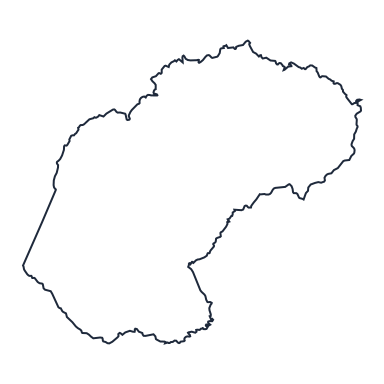 outline of Free State
{"feature_id": "ZAF-1206", "entity_name": "Free State", "entity_type": "Province", "adm_level": 1, "iso_a3": "ZAF", "parent_name": "South Africa", "parent_adm1": "", "projection": "natural_earth1", "projection_center": [27.438, -28.674], "detail": "fine", "context": "isolated", "style": "outline", "palette": "slate", "viewbox_px": 384, "rotation_deg": 0, "n_neighbors": 0, "source": "natural_earth", "source_scale": "10m", "svg_char_len": 5891}
<svg xmlns="http://www.w3.org/2000/svg" viewBox="0 0 384 384"><path d="M303.6,199.5L302.6,198.9L299.7,198.1L299.1,197.7L297.4,194.0L296.4,193.2L293.7,193.1L293.0,192.1L292.6,189.0L291.6,186.2L289.6,184.2L288.7,184.4L285.2,186.9L275.3,187.9L274.0,188.4L272.8,189.7L271.1,192.8L269.9,194.0L268.6,194.5L265.8,194.5L264.5,194.0L260.4,194.4L259.8,194.2L256.4,199.3L253.7,202.5L251.3,205.8L251.0,207.5L248.7,207.6L248.0,207.2L246.7,205.7L245.6,205.6L244.6,206.1L243.2,209.5L241.5,210.2L234.4,209.7L234.9,211.0L232.7,212.5L232.7,214.2L232.2,215.9L231.4,215.9L229.5,218.6L227.7,219.3L229.3,221.6L228.0,222.1L227.6,221.6L227.2,222.1L227.5,223.9L226.1,226.7L222.5,231.4L220.8,232.3L220.4,233.0L220.8,236.3L220.2,236.9L217.2,237.9L216.1,238.6L215.7,241.7L215.1,242.5L213.4,243.6L213.2,244.1L214.0,245.6L213.9,246.5L210.7,250.3L210.0,251.5L209.7,252.9L209.4,253.2L208.0,253.1L207.6,253.4L206.8,255.7L204.3,257.4L199.5,259.3L197.7,259.5L196.0,260.3L193.3,263.0L192.8,262.7L192.5,261.9L191.9,261.9L190.6,264.0L190.1,263.1L189.4,263.1L188.9,263.8L188.9,265.0L188.2,266.9L191.2,269.2L193.0,272.1L200.4,290.4L201.6,291.9L204.5,294.6L205.4,296.1L206.2,299.7L207.4,302.0L208.0,302.2L210.1,302.0L211.7,302.8L211.6,303.6L210.7,304.6L209.3,308.1L209.5,310.3L210.8,314.4L210.7,315.5L211.5,315.6L209.7,316.2L211.0,319.3L212.2,318.8L213.1,319.8L212.2,321.2L209.5,321.1L208.2,321.6L208.1,322.9L210.2,324.7L208.8,325.5L206.3,324.5L205.8,325.2L206.0,325.9L207.7,326.9L206.5,328.9L205.2,329.2L203.7,329.1L203.2,328.3L202.6,328.1L202.1,328.7L201.0,328.7L199.7,329.9L197.2,329.7L196.2,329.9L196.5,331.7L195.3,332.7L191.7,331.7L188.7,332.3L188.0,332.7L188.5,333.6L189.8,334.8L190.2,336.3L189.6,336.6L187.2,336.4L186.0,336.8L184.8,337.8L184.3,339.1L184.7,340.6L184.0,341.2L180.5,341.7L179.7,342.9L179.0,343.1L177.9,342.6L176.2,340.7L174.5,340.6L172.8,341.9L170.7,342.1L169.7,343.0L168.5,343.0L167.7,342.5L165.1,343.3L165.6,342.1L164.5,341.6L160.3,341.5L156.7,339.6L155.9,339.0L155.4,336.4L153.5,334.3L145.5,335.9L143.6,335.8L142.7,334.6L142.3,333.0L138.9,331.7L136.8,329.0L135.3,328.7L134.8,329.3L134.9,330.6L134.6,331.8L132.9,331.7L129.9,330.8L125.3,332.4L122.4,334.8L120.5,333.2L119.6,332.9L118.3,334.1L118.5,336.1L117.7,337.2L112.4,341.7L109.3,343.4L107.5,343.2L105.6,342.0L103.3,341.4L102.9,340.8L102.6,338.6L102.2,337.8L100.2,337.5L93.3,338.3L91.1,336.7L88.9,334.6L86.7,333.2L82.3,333.0L81.7,332.0L81.3,330.6L80.3,329.6L77.8,328.1L75.8,326.4L72.4,322.2L66.9,317.0L66.0,313.4L63.1,311.9L62.2,311.0L60.8,308.3L59.6,308.1L58.4,307.2L52.2,293.7L50.7,291.2L45.0,289.7L43.6,288.3L42.8,284.2L42.1,283.6L39.5,283.2L37.7,282.0L34.8,278.2L34.3,277.9L32.3,278.0L31.4,275.9L29.4,275.9L28.5,275.4L27.3,274.3L24.6,270.4L24.0,269.2L23.5,266.4L23.0,265.6L42.2,221.9L55.7,190.2L55.8,189.4L54.8,188.5L54.0,187.2L53.6,185.1L53.8,180.4L54.9,176.3L56.7,172.9L58.0,167.5L58.1,165.1L57.0,163.6L56.8,162.8L57.1,161.8L58.6,160.7L60.2,159.0L62.1,155.4L63.9,149.9L64.1,146.3L64.7,145.4L66.6,145.6L67.4,144.8L69.6,141.0L69.3,139.5L71.2,135.8L72.5,135.3L74.0,135.3L75.0,134.0L76.2,133.2L78.5,129.6L78.1,127.8L78.9,127.3L79.9,125.7L80.6,125.1L82.7,125.0L83.9,124.4L89.4,119.3L93.4,118.2L94.4,117.2L95.7,117.7L96.4,117.6L98.2,116.5L99.3,115.1L103.5,116.5L106.4,113.6L112.9,109.6L114.2,109.4L114.9,109.8L116.5,111.9L117.6,112.6L120.2,112.5L125.1,113.7L125.5,114.2L126.7,119.5L127.5,120.0L129.0,119.8L129.6,119.4L129.8,118.7L128.8,116.2L128.8,115.4L130.4,112.0L131.8,110.0L137.4,104.3L139.1,103.7L139.6,103.1L139.5,101.4L139.9,99.4L141.0,97.9L142.5,96.9L144.2,96.5L145.7,97.5L146.6,95.8L148.0,94.9L149.8,95.0L151.0,95.4L157.1,95.5L157.4,95.2L156.8,94.3L153.9,93.5L153.5,92.4L153.9,90.9L154.7,89.6L155.7,89.2L155.7,84.9L154.6,83.3L152.4,81.2L151.0,79.1L152.3,77.4L155.9,76.2L158.6,73.2L159.3,73.1L160.8,73.8L161.7,72.9L161.7,69.6L164.6,66.0L165.6,65.7L168.7,67.0L169.3,64.6L171.4,62.4L173.9,61.2L174.9,60.3L176.4,61.5L177.6,60.0L178.9,59.2L182.7,62.4L182.4,57.4L182.7,56.2L183.6,55.6L184.4,56.4L185.7,58.8L187.8,60.0L190.5,60.4L196.7,60.2L198.3,59.8L198.9,60.0L198.5,62.1L199.1,62.8L200.5,62.1L202.9,60.1L205.5,56.8L207.0,55.4L208.8,55.1L209.6,55.5L211.6,57.6L212.4,57.9L217.2,56.7L217.8,56.2L219.7,53.1L220.3,49.2L221.1,48.4L223.8,48.0L223.4,46.4L224.2,46.0L225.4,45.9L226.3,45.2L228.0,48.0L233.4,47.4L234.7,48.9L235.3,49.0L235.9,48.6L236.2,46.9L238.7,45.8L243.0,45.0L245.7,41.7L247.8,40.6L248.5,41.0L250.1,42.9L249.2,44.1L249.8,45.9L253.1,52.0L256.1,53.6L258.9,56.5L260.2,55.2L261.0,55.2L261.5,57.2L262.8,58.5L266.3,57.7L270.5,60.5L275.1,60.9L275.5,61.3L276.1,63.4L277.0,64.4L277.8,64.5L278.8,63.4L279.6,63.0L280.8,63.2L282.5,65.2L282.8,66.0L284.5,66.8L284.7,67.4L283.7,70.1L284.5,69.8L288.2,66.6L291.4,66.2L291.3,65.5L290.2,64.4L289.7,64.1L289.1,64.2L289.3,63.4L291.1,62.4L293.9,63.6L298.7,67.1L300.4,67.6L301.7,68.7L303.7,68.0L304.9,69.1L305.6,69.1L307.3,67.1L309.0,66.4L310.2,65.4L312.2,65.5L315.0,67.5L316.4,68.0L316.6,71.2L317.7,72.5L319.1,76.1L319.8,77.2L320.6,77.4L321.7,76.4L322.5,76.2L326.0,76.5L328.6,78.8L330.4,79.6L331.5,80.7L333.7,81.4L333.5,83.1L334.1,83.8L335.0,83.8L336.9,83.1L337.8,83.2L340.4,84.8L341.3,86.2L341.9,88.8L342.9,89.9L343.0,91.6L345.0,93.9L346.5,95.1L346.2,96.7L346.5,97.4L351.8,104.2L352.6,104.2L354.4,103.0L355.9,102.9L356.2,100.8L357.2,99.8L359.5,99.5L360.9,99.9L357.9,101.5L357.6,102.2L357.6,105.2L360.3,106.3L360.8,107.8L361.0,110.6L360.5,111.4L356.7,113.7L355.3,115.7L355.4,117.0L356.6,118.9L356.8,119.8L356.5,124.3L356.7,125.1L357.4,125.9L357.6,126.9L356.8,128.6L355.8,131.7L354.2,134.4L354.1,138.8L352.6,141.2L351.6,144.0L351.5,144.8L351.8,146.0L353.8,148.0L354.4,149.1L354.6,150.3L354.3,152.7L353.9,153.6L351.3,156.0L349.3,160.0L344.8,160.5L343.3,161.1L337.8,168.1L333.9,170.1L331.4,173.3L328.2,173.9L326.8,174.6L325.4,176.1L324.5,177.8L324.9,180.4L324.2,181.6L321.1,182.7L318.3,182.1L315.1,182.9L310.7,184.5L308.3,187.5L308.0,190.8L305.9,193.1L303.6,199.5Z" fill="none" stroke="#1e293b" stroke-width="2"/></svg>